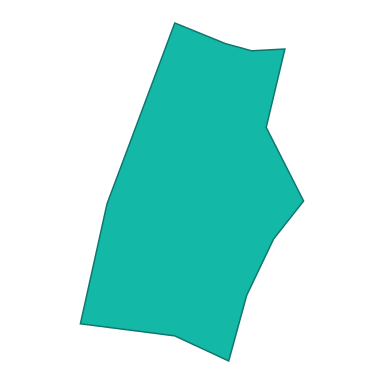 Saint Peter, orthographic projection
{"feature_id": "MSR-5089", "entity_name": "Saint Peter", "entity_type": "Parish", "adm_level": 1, "iso_a3": "MSR", "parent_name": "Montserrat", "parent_adm1": "", "projection": "orthographic", "projection_center": [-62.194, 16.779], "detail": "fine", "context": "isolated", "style": "filled", "palette": "teal", "viewbox_px": 384, "rotation_deg": 0, "n_neighbors": 0, "source": "natural_earth", "source_scale": "10m", "svg_char_len": 282}
<svg xmlns="http://www.w3.org/2000/svg" viewBox="0 0 384 384"><path d="M80.4,323.8L107.0,203.9L174.8,23.0L225.4,43.6L251.6,50.8L284.9,49.0L266.2,127.4L303.6,201.0L273.6,239.0L246.7,295.3L228.7,361.0L174.8,335.9L80.4,323.8Z" fill="#14b8a6" stroke="#0f766e" stroke-width="1.5"/></svg>